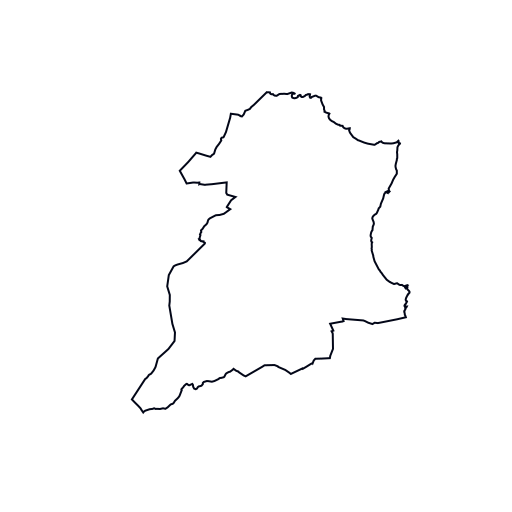 the district of Klepp nor, Rogaland, Norway, rotated 147°
{"feature_id": "86288312B2742263230079", "entity_name": "Klepp nor", "entity_type": "district", "adm_level": 2, "iso_a3": "NOR", "parent_name": "Norway", "parent_adm1": "Rogaland", "projection": "robinson", "projection_center": [5.601, 58.762], "detail": "fine", "context": "isolated", "style": "outline", "palette": "ink", "viewbox_px": 512, "rotation_deg": 147, "n_neighbors": 0, "source": "geoboundaries", "source_scale": "gbopen_adm2", "svg_char_len": 6104}
<svg xmlns="http://www.w3.org/2000/svg" viewBox="0 0 512 512"><g transform="rotate(147 256 256)"><path d="M261.8,371.7L273.5,369.0L274.2,359.0L274.7,354.6L269.0,352.0L267.3,350.9L265.3,349.4L263.5,348.5L264.4,347.2L264.2,347.2L260.1,343.5L258.8,342.9L253.8,340.2L240.5,333.7L246.6,325.1L246.7,323.1L241.1,316.7L246.5,316.3L253.8,313.0L253.9,312.9L252.1,309.3L260.0,308.9L264.1,310.2L267.2,311.9L267.8,312.1L274.1,312.7L275.7,312.5L276.3,312.3L277.5,311.4L278.4,310.5L279.7,309.8L281.4,309.4L283.1,309.2L286.2,307.8L288.0,307.5L288.3,307.3L288.8,305.9L290.0,305.4L291.3,304.5L291.2,303.8L293.1,302.2L293.9,301.2L294.6,301.3L294.7,300.3L294.1,300.3L294.1,298.5L292.6,297.3L292.9,297.2L292.4,296.6L291.8,295.2L291.7,294.8L292.2,294.3L317.0,289.2L321.1,289.9L326.5,291.6L328.8,292.1L330.7,292.2L339.5,287.5L347.0,278.9L349.5,270.3L353.2,264.7L355.7,261.7L363.1,244.6L365.6,236.0L370.6,229.1L380.1,225.7L394.1,223.5L400.3,218.0L401.1,217.4L404.3,215.7L407.8,214.5L408.6,214.4L410.2,214.6L411.1,214.4L412.0,213.9L414.4,213.2L415.9,213.2L438.2,203.3L437.3,198.7L436.4,194.6L435.8,191.1L435.9,189.3L435.8,186.2L434.9,186.5L433.2,186.6L428.6,185.4L426.0,184.1L424.5,183.8L424.2,183.6L423.6,182.5L421.9,181.5L419.9,180.0L416.9,178.9L415.2,177.2L412.5,177.2L408.9,177.9L407.9,177.9L406.4,177.4L405.1,177.6L402.8,178.7L399.3,179.3L397.6,179.8L396.6,180.2L395.4,181.0L391.4,183.9L391.4,184.5L390.8,185.0L389.1,185.4L387.6,185.9L387.1,186.2L384.5,186.6L383.9,186.6L383.5,186.3L383.4,185.8L383.2,185.4L383.0,184.7L382.6,184.1L382.3,183.9L379.1,183.4L379.1,182.2L379.9,180.6L380.1,178.5L379.1,177.1L377.6,177.0L376.3,177.7L375.0,177.8L374.1,177.4L372.4,176.9L370.4,177.5L369.7,178.5L368.4,178.8L365.3,177.9L364.0,176.9L361.5,174.6L359.0,173.8L354.3,173.2L353.6,173.4L352.5,173.3L351.8,172.8L349.1,171.9L348.3,172.0L345.9,173.4L345.1,173.7L343.5,173.7L341.9,173.5L340.8,173.1L337.4,173.3L336.3,173.6L335.1,170.5L333.7,168.7L333.8,168.2L331.4,162.5L330.2,160.7L311.1,159.7L308.4,159.7L299.9,154.5L297.8,151.6L297.7,151.2L297.8,151.1L297.6,150.6L293.5,144.5L291.7,140.2L291.0,138.1L278.2,136.4L278.2,135.9L274.3,135.7L268.7,135.6L267.1,135.4L266.9,135.3L266.9,135.2L264.5,136.9L262.2,137.5L256.8,134.2L249.7,130.1L248.0,131.9L242.0,136.2L234.1,148.8L233.8,149.5L233.6,151.7L231.8,151.3L230.7,158.8L220.3,154.5L219.6,154.1L218.0,153.7L217.3,156.3L214.6,153.9L201.1,143.5L200.0,142.0L198.2,138.9L195.4,135.5L192.8,135.4L190.4,133.4L189.2,132.9L172.2,126.1L163.7,123.0L163.3,124.5L163.2,125.6L162.4,127.2L162.2,128.1L161.8,128.5L161.8,128.9L161.6,129.1L159.9,129.9L158.7,130.8L158.6,131.0L159.1,131.3L159.0,131.5L158.9,131.5L157.6,131.2L157.1,131.5L157.3,131.6L157.6,131.4L158.3,131.5L158.2,131.8L158.2,132.4L158.7,133.1L158.6,133.4L157.8,133.7L157.9,133.8L157.8,134.0L156.1,134.5L154.1,135.6L154.1,135.9L154.6,136.8L154.3,137.8L153.2,138.9L151.1,140.2L148.7,141.2L148.8,141.3L148.1,141.5L147.5,141.5L147.1,141.8L146.7,142.5L146.7,143.3L147.1,145.2L147.1,146.4L146.1,147.2L145.6,148.1L145.9,148.4L146.4,148.5L146.5,148.4L146.8,147.6L147.9,147.3L147.9,147.5L148.1,147.6L148.1,148.2L147.0,148.2L146.9,148.1L146.7,148.2L147.1,148.5L147.3,148.4L147.9,148.5L147.9,148.9L147.5,149.2L146.9,149.1L146.8,148.9L145.5,148.8L144.8,148.9L144.9,149.1L148.1,149.9L148.8,150.9L149.3,152.2L150.8,153.1L151.4,153.7L152.5,156.3L153.0,156.5L155.5,157.3L157.3,160.2L157.6,161.0L157.9,161.2L159.3,164.9L159.9,170.9L159.9,173.1L160.2,175.3L160.0,176.3L160.3,177.8L159.4,187.0L158.0,191.5L157.5,192.4L156.0,197.6L155.3,198.4L155.0,199.3L154.0,200.4L152.6,202.8L151.9,203.7L151.1,204.2L151.4,205.2L151.0,206.2L150.2,207.1L149.1,208.1L149.2,209.6L148.9,210.5L148.2,211.4L146.5,213.1L145.0,214.0L144.3,214.2L142.0,217.1L140.6,218.0L139.6,218.8L138.8,220.5L138.3,223.2L137.9,224.4L136.6,225.4L135.2,225.8L133.7,226.0L132.2,225.9L131.2,226.3L128.1,228.3L127.2,229.1L124.9,229.7L122.8,231.8L118.0,235.0L115.4,237.5L114.2,238.4L112.2,238.8L111.4,237.5L111.2,237.9L110.7,237.8L110.5,238.2L111.4,238.3L111.7,238.9L110.2,238.7L110.4,237.8L110.7,237.3L110.3,237.0L108.8,237.4L109.0,238.1L108.0,240.3L102.8,243.0L99.4,245.3L96.5,246.8L93.1,248.3L91.4,250.9L91.2,252.6L90.5,254.6L89.9,255.7L88.4,257.3L85.5,259.9L85.1,260.6L84.2,261.2L82.2,264.3L81.2,266.3L80.0,267.6L78.1,270.2L77.0,270.9L75.6,271.5L74.1,271.8L73.9,272.0L74.2,272.6L74.8,273.0L74.8,273.6L73.8,274.7L73.8,275.1L76.1,274.7L79.6,275.8L81.5,276.8L86.9,280.6L88.0,281.9L88.4,282.9L88.5,283.9L89.1,284.0L90.5,284.6L91.6,284.4L92.5,284.4L93.0,284.7L95.2,284.6L96.2,284.8L101.1,289.4L103.5,292.2L106.8,296.9L107.4,297.5L108.3,299.8L109.7,302.7L110.0,307.8L109.9,308.9L109.4,310.8L108.2,311.5L107.8,312.1L110.2,313.1L111.3,313.8L112.2,315.0L112.7,316.5L112.5,318.0L114.5,319.5L114.5,320.5L115.5,321.2L116.9,323.4L117.8,326.0L118.9,327.8L119.6,329.7L119.8,331.6L119.3,333.4L118.3,334.6L116.9,335.4L117.1,335.9L117.7,336.5L119.0,338.0L120.0,339.7L119.4,340.3L119.1,341.9L117.8,343.9L117.6,346.8L116.7,351.0L115.8,352.3L115.7,352.9L115.2,353.0L115.3,353.5L117.0,355.1L118.2,357.6L118.8,358.1L119.3,358.3L122.7,359.0L123.5,358.7L124.3,359.1L124.3,360.0L124.1,360.6L122.6,362.2L123.0,362.6L123.8,362.9L124.1,363.4L125.0,363.4L126.5,363.9L127.9,363.6L130.0,363.8L131.1,364.5L131.6,365.8L131.0,366.4L131.0,366.7L131.4,367.2L133.6,367.4L134.3,366.6L135.8,366.6L136.8,366.9L137.8,367.3L138.7,368.2L139.3,369.1L139.2,369.8L139.0,370.4L138.3,371.4L136.9,372.1L135.3,371.1L135.1,371.2L135.2,371.5L135.6,371.9L135.7,372.4L136.6,372.9L136.8,373.6L141.6,374.8L144.1,376.8L145.6,377.6L146.6,378.3L148.2,379.1L151.2,379.1L151.6,379.2L153.0,380.4L153.6,381.6L153.6,382.5L155.0,383.3L155.4,383.9L155.6,384.6L155.2,385.6L156.6,386.7L157.3,387.0L157.7,387.5L175.5,383.9L179.0,383.5L179.2,383.3L180.1,383.1L180.9,382.7L182.7,382.9L185.9,383.6L189.2,381.4L191.8,380.7L192.9,381.8L192.8,382.2L194.1,384.3L199.6,389.0L202.4,386.0L213.7,376.3L218.3,373.4L218.8,373.3L220.3,373.9L221.2,373.6L221.7,373.2L222.2,371.8L225.8,370.2L229.6,368.9L232.1,367.5L235.3,364.8L235.8,364.6L237.8,364.6L240.2,364.0L242.8,366.9L248.3,373.5L248.6,373.8L249.8,375.2L250.3,375.0L261.8,371.7Z" fill="none" stroke="#020617" stroke-width="2"/></g></svg>